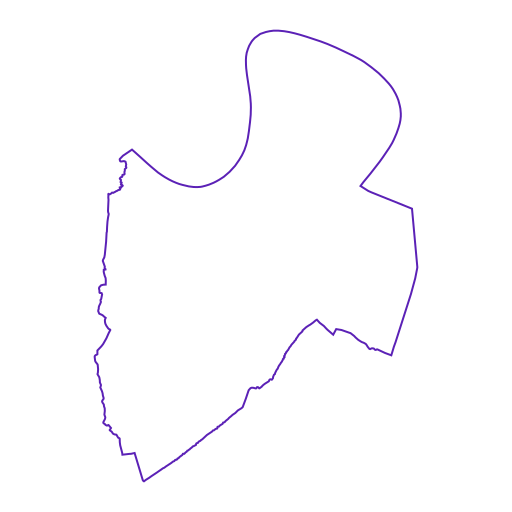 outline of Phra Pradaeng, Samut Prakan, Thailand
{"feature_id": "78962969B48513607541542", "entity_name": "Phra Pradaeng", "entity_type": "district", "adm_level": 2, "iso_a3": "THA", "parent_name": "Thailand", "parent_adm1": "Samut Prakan", "projection": "mercator", "projection_center": [100.538, 13.653], "detail": "fine", "context": "isolated", "style": "outline", "palette": "violet", "viewbox_px": 512, "rotation_deg": 0, "n_neighbors": 0, "source": "geoboundaries", "source_scale": "gbopen_adm2", "svg_char_len": 6056}
<svg xmlns="http://www.w3.org/2000/svg" viewBox="0 0 512 512"><path d="M398.4,128.1L399.7,123.7L400.4,120.2L400.8,116.5L400.8,113.4L400.4,108.7L399.7,105.3L398.4,100.3L397.1,97.0L395.6,93.8L393.0,89.2L391.0,86.3L388.9,83.7L384.3,78.7L378.7,73.2L371.3,67.2L364.2,62.0L361.2,60.1L358.1,58.4L353.4,55.9L343.8,51.3L335.7,47.5L327.5,44.0L320.6,41.4L306.7,36.8L299.8,34.7L294.6,33.3L289.4,32.1L284.1,31.2L278.7,30.7L273.3,30.7L269.6,31.2L265.9,32.0L260.3,33.9L254.7,38.0L252.6,40.3L251.6,41.6L250.0,44.3L249.1,45.9L247.8,49.3L246.7,52.8L246.1,56.5L245.9,60.0L246.0,65.0L246.2,68.3L247.0,75.1L250.2,96.3L250.8,103.7L250.9,107.4L250.7,114.9L250.0,122.3L248.9,131.2L247.8,138.3L247.0,141.7L246.1,145.2L244.3,150.4L241.9,155.4L239.2,159.9L235.1,165.8L229.6,171.8L223.8,176.8L219.3,179.7L216.3,181.4L213.5,182.8L209.1,184.6L205.6,185.7L202.1,186.6L200.3,186.9L196.9,187.1L193.6,187.0L188.8,186.4L182.5,184.9L179.3,184.0L176.1,182.8L172.6,181.3L169.2,179.6L165.0,177.2L162.2,175.4L158.0,172.5L151.1,166.7L147.0,163.1L140.3,157.0L132.0,149.6L123.0,155.7L119.8,159.0L119.7,159.7L120.1,161.0L120.5,161.4L121.2,161.5L123.9,161.1L124.9,161.4L125.5,161.7L126.2,164.5L125.8,166.4L126.0,166.8L126.3,167.2L126.3,167.8L126.1,168.1L125.0,168.9L124.8,169.2L124.8,170.9L124.4,172.0L124.6,173.8L124.5,174.2L124.2,174.5L122.8,174.8L122.5,174.9L122.3,175.5L122.4,176.2L122.2,176.7L121.9,177.0L121.2,177.1L120.7,177.4L120.1,178.0L119.8,178.6L119.9,178.9L121.0,180.0L120.6,182.0L121.6,182.5L121.7,182.8L121.0,183.9L120.9,184.5L121.1,184.7L122.0,184.9L122.3,185.1L122.7,185.6L122.5,186.1L122.2,186.4L121.3,186.7L121.1,186.9L121.1,187.5L120.9,187.7L120.5,187.6L120.0,187.3L119.7,187.4L119.7,187.8L120.2,189.1L120.1,189.5L119.7,189.8L118.3,190.0L117.4,190.7L115.9,191.3L115.3,191.8L114.5,192.1L113.4,192.8L112.1,192.6L111.3,193.4L109.8,194.3L109.2,194.3L108.6,193.9L108.3,194.1L108.4,195.1L108.3,197.6L108.5,199.8L108.0,210.9L108.2,212.4L108.7,213.9L108.6,214.8L108.1,217.2L107.5,221.4L107.1,226.8L106.9,231.8L106.6,232.6L106.1,241.8L104.8,254.8L104.3,257.4L103.1,259.7L102.8,260.9L104.8,266.6L104.6,268.0L105.5,269.1L105.5,269.5L103.8,269.8L103.7,271.6L103.9,272.8L104.7,275.8L105.6,278.1L105.8,280.5L105.7,284.6L103.5,284.7L101.1,285.3L99.2,287.4L99.0,288.7L99.4,290.2L99.5,292.6L99.8,292.9L101.6,293.1L102.1,294.4L101.3,298.5L101.1,299.2L100.5,300.0L100.6,301.1L100.9,301.7L100.9,302.0L100.2,303.8L99.2,305.8L98.8,307.1L98.7,308.9L98.3,310.1L98.2,311.1L99.2,313.6L99.7,313.9L101.8,314.8L102.8,315.4L104.3,316.8L105.7,317.9L105.1,319.2L104.9,320.1L105.0,322.1L105.4,323.8L106.4,325.8L108.2,328.4L108.9,329.0L110.1,329.6L110.3,330.0L108.7,333.1L106.4,338.3L103.1,344.1L101.3,346.4L97.4,350.5L97.4,354.2L97.1,354.5L95.9,355.0L95.2,355.5L94.7,356.3L94.7,357.3L95.1,360.5L95.3,361.3L95.7,362.0L97.5,364.3L97.7,364.8L98.1,369.1L97.9,372.6L97.5,374.1L98.0,375.1L99.1,376.9L99.4,377.8L99.8,380.1L99.9,382.5L100.9,384.8L100.9,385.6L100.3,387.5L101.8,390.8L102.2,391.9L102.6,393.4L102.9,395.6L103.6,397.9L103.6,398.8L102.3,400.6L102.1,401.6L102.5,402.6L103.8,404.5L104.0,406.3L104.7,408.3L104.8,411.0L104.4,414.5L104.6,415.3L105.2,416.9L105.3,417.7L104.9,419.2L103.5,421.8L103.3,422.4L103.4,423.0L103.9,423.5L104.8,424.0L105.4,424.8L106.2,425.3L107.0,425.6L108.4,425.0L108.6,425.1L111.0,428.0L110.9,428.2L109.7,430.0L109.8,430.3L111.7,431.7L112.9,433.5L113.4,433.9L114.5,434.4L116.4,434.7L118.1,437.6L118.4,437.8L119.3,438.2L119.6,438.5L119.7,438.9L119.8,442.2L120.2,445.3L122.2,452.9L122.4,454.7L129.4,453.9L131.1,453.8L134.6,453.0L135.5,456.0L135.9,457.3L142.8,480.2L143.6,481.2L144.0,481.3L145.8,479.9L149.3,477.7L151.8,475.9L156.2,473.0L162.1,468.9L163.1,468.2L164.3,467.7L166.0,466.4L171.2,463.0L173.1,461.5L174.3,461.1L175.1,460.0L175.5,459.8L176.3,459.8L176.8,459.6L177.1,459.3L177.3,458.8L177.5,458.5L177.9,458.3L178.3,458.3L178.6,458.1L179.7,456.8L180.6,456.3L181.2,455.7L182.2,455.1L182.6,454.5L182.9,453.8L183.1,453.7L183.9,453.8L184.3,453.8L185.7,452.3L186.7,451.7L187.3,450.7L188.1,450.5L188.7,449.9L189.7,449.3L190.3,448.6L191.8,447.5L192.8,446.4L193.6,446.2L194.6,445.6L195.8,445.1L196.0,444.7L196.2,443.7L196.5,443.3L198.0,442.8L198.4,442.0L198.9,441.5L200.4,440.8L201.0,440.1L202.3,439.3L206.9,435.0L212.0,431.6L212.9,430.5L214.0,430.3L215.0,429.4L215.7,428.9L217.2,428.5L217.3,428.3L217.4,427.2L217.6,426.8L218.9,426.6L220.0,425.4L222.5,423.9L222.7,423.6L223.1,422.6L224.3,422.3L224.7,422.1L225.0,421.7L225.7,420.9L228.2,418.9L229.0,417.9L231.1,416.2L232.5,414.9L235.3,413.0L237.9,410.4L241.5,408.2L242.7,407.1L245.9,398.5L248.3,391.3L248.7,390.2L249.2,389.6L250.5,388.2L251.4,387.8L252.0,387.7L253.4,387.8L255.5,388.4L256.0,388.4L256.3,388.3L257.0,387.2L257.6,387.1L257.9,387.1L259.2,388.3L259.5,388.3L261.7,386.7L262.3,385.9L263.5,384.8L265.1,383.6L268.8,381.3L269.4,379.9L269.8,379.5L270.6,379.3L271.6,379.7L272.0,379.6L273.0,378.1L273.1,376.9L274.0,374.7L274.9,374.1L275.2,372.8L276.3,370.6L276.9,369.5L277.7,368.7L278.3,367.0L279.1,365.5L280.1,364.2L281.0,362.7L281.9,361.6L282.2,360.9L282.7,360.1L282.9,359.1L283.1,358.9L283.7,358.7L283.8,357.9L284.5,357.3L284.6,356.9L284.1,356.4L284.1,356.1L285.0,354.9L285.1,353.8L285.8,353.4L286.1,352.2L286.8,351.7L287.5,350.5L288.1,350.0L289.5,347.4L290.6,346.2L291.4,344.8L294.3,341.6L294.5,341.0L295.8,339.8L296.0,339.4L296.1,338.6L296.8,337.9L298.9,334.6L302.4,331.4L302.5,330.5L306.3,327.1L308.9,325.4L310.3,324.6L313.2,322.5L315.4,320.6L316.3,320.0L316.9,319.7L319.7,322.8L323.9,326.0L326.2,328.5L327.5,329.8L333.2,334.7L336.2,329.1L341.5,330.0L349.5,332.8L350.5,333.1L354.2,336.0L355.5,337.4L358.2,339.8L360.5,341.3L361.9,342.1L363.8,342.8L365.7,343.9L366.4,344.7L367.7,346.8L369.2,348.7L369.7,349.0L370.2,349.1L371.5,348.4L372.5,348.3L373.7,348.5L374.1,348.8L374.8,349.6L375.4,349.9L376.1,349.8L376.8,349.4L377.4,349.4L385.1,353.0L391.3,355.3L393.9,346.7L395.5,342.3L410.9,294.2L415.2,278.4L417.3,267.7L417.3,266.8L412.0,208.7L371.3,192.3L368.2,190.9L360.5,186.0L363.4,182.1L370.5,173.5L379.6,161.8L382.9,157.2L389.2,147.9L392.1,143.1L393.7,139.9L396.5,133.5L398.4,128.1Z" fill="none" stroke="#5b21b6" stroke-width="2"/></svg>